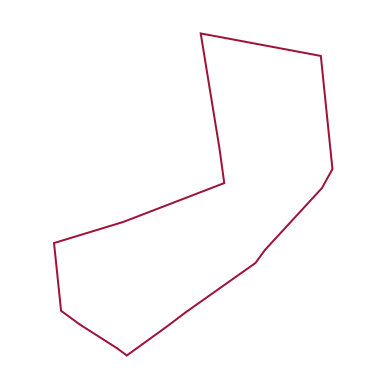 Jubbada Dhexe, Natural Earth projection, rotated 85°
{"feature_id": "SOM-2315", "entity_name": "Jubbada Dhexe", "entity_type": "Region", "adm_level": 1, "iso_a3": "SOM", "parent_name": "Somalia", "parent_adm1": "", "projection": "natural_earth1", "projection_center": [42.85, 1.13], "detail": "fine", "context": "isolated", "style": "outline", "palette": "rose", "viewbox_px": 384, "rotation_deg": 85, "n_neighbors": 0, "source": "natural_earth", "source_scale": "10m", "svg_char_len": 388}
<svg xmlns="http://www.w3.org/2000/svg" viewBox="0 0 384 384"><g transform="rotate(85 192 192)"><path d="M349.2,271.2L341.2,280.2L313.9,315.7L298.9,332.8L298.1,332.8L230.8,333.9L215.8,263.0L185.9,159.1L151.5,160.8L34.8,169.5L67.7,51.8L181.4,50.1L199.4,62.2L256.2,124.5L268.2,134.9L311.6,209.3L323.6,228.4L348.8,270.6L349.2,271.2Z" fill="none" stroke="#9f1239" stroke-width="2"/></g></svg>